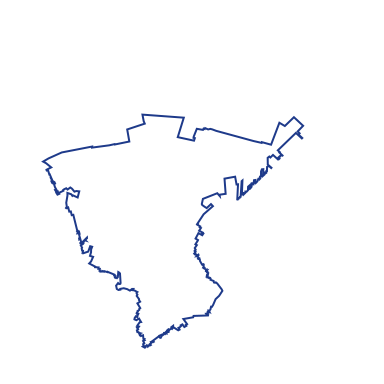 Sector 5, Bucharest, Romania, rotated 145°
{"feature_id": "2599482B58123345185343", "entity_name": "Sector 5", "entity_type": "district", "adm_level": 2, "iso_a3": "ROU", "parent_name": "Romania", "parent_adm1": "Bucharest", "projection": "natural_earth1", "projection_center": [26.071, 44.404], "detail": "fine", "context": "isolated", "style": "outline", "palette": "blue", "viewbox_px": 384, "rotation_deg": 145, "n_neighbors": 0, "source": "geoboundaries", "source_scale": "gbopen_adm2", "svg_char_len": 6054}
<svg xmlns="http://www.w3.org/2000/svg" viewBox="0 0 384 384"><g transform="rotate(145 192 192)"><path d="M63.0,182.5L65.6,194.8L78.1,192.8L80.7,198.6L100.1,185.4L106.2,192.8L106.8,192.3L112.4,198.5L137.1,228.2L139.5,231.7L140.8,233.2L142.9,234.0L144.6,236.8L145.5,236.3L146.1,237.3L147.4,236.6L151.8,241.0L158.8,236.4L159.7,235.5L158.8,234.5L160.9,232.9L172.2,245.1L156.1,257.6L188.2,283.8L191.0,277.6L191.5,275.1L209.2,280.4L214.4,269.3L228.0,275.2L227.9,275.6L233.0,277.7L248.4,285.7L247.7,286.5L276.0,299.1L290.2,301.8L296.5,302.3L295.0,299.2L293.2,292.9L299.3,293.8L298.4,293.3L298.5,292.8L297.4,292.6L298.8,288.2L298.4,288.1L299.1,284.7L299.6,284.7L299.8,283.6L299.4,283.2L299.8,281.3L301.0,281.5L301.3,280.0L300.7,279.9L300.9,279.0L299.7,278.8L299.3,279.6L299.0,278.9L299.3,277.5L300.5,277.7L301.5,274.4L301.7,272.1L303.0,272.3L303.1,270.6L302.1,270.5L302.2,269.7L301.6,269.6L301.8,268.8L303.6,269.1L303.7,267.0L301.7,266.6L301.4,267.6L296.7,266.8L296.5,267.5L295.3,267.6L292.9,267.2L292.5,265.4L289.1,265.5L288.4,263.5L288.1,259.7L286.3,259.2L284.0,257.2L288.8,253.1L291.5,257.6L292.2,257.5L292.2,259.4L294.6,262.7L296.0,260.6L301.2,255.3L303.0,251.7L305.2,250.9L303.9,251.0L303.6,250.4L302.3,250.3L303.8,246.3L302.4,245.6L303.8,242.0L302.3,241.4L307.9,226.9L307.7,225.6L308.7,225.7L308.8,224.2L309.5,223.8L308.2,223.1L307.8,224.4L307.3,224.3L308.1,222.2L308.7,222.4L310.2,218.5L311.9,219.0L311.2,218.5L311.4,218.1L310.2,218.3L311.6,214.3L313.7,214.2L311.0,213.7L304.2,214.9L304.5,214.4L307.1,213.9L307.0,213.3L307.4,213.8L310.4,213.3L310.2,212.5L311.1,212.5L311.2,212.0L313.7,212.0L314.0,209.4L314.7,209.1L315.6,207.1L315.0,206.4L316.3,205.1L315.9,205.0L316.2,204.2L311.2,202.7L306.5,206.0L305.2,204.4L307.6,202.8L309.3,200.5L312.2,198.2L310.2,195.6L314.5,193.0L317.2,192.4L314.0,186.2L314.4,185.9L311.8,183.8L312.8,182.8L311.6,181.9L312.9,180.5L312.5,180.2L312.8,179.4L311.1,178.3L310.8,178.7L309.8,177.2L309.3,177.5L307.2,174.8L306.9,175.0L302.9,168.7L303.7,168.2L302.9,167.0L304.2,166.2L304.1,165.8L303.5,166.0L302.9,164.5L301.6,164.8L298.3,168.7L298.0,168.0L298.3,167.8L297.7,166.6L302.7,158.4L303.4,157.9L304.5,158.4L304.8,159.8L307.9,158.8L309.2,155.7L308.4,153.9L306.7,153.1L306.3,153.8L303.1,152.3L300.8,149.6L299.4,146.8L296.7,147.0L295.7,146.3L297.0,145.7L295.7,144.5L294.2,141.5L295.0,141.5L295.6,140.6L295.6,139.2L296.9,138.6L296.8,134.6L297.4,134.0L297.4,131.9L300.6,132.1L301.0,126.6L302.1,126.6L302.8,125.7L304.8,125.7L304.9,125.2L306.4,124.8L306.8,124.5L306.0,123.3L306.8,123.2L306.6,122.5L308.3,121.9L308.1,121.4L308.6,121.0L309.3,122.4L311.2,121.7L312.2,120.7L311.1,118.9L308.0,118.7L308.3,114.7L309.6,115.3L313.6,113.9L313.8,113.6L312.6,112.2L313.7,111.8L314.8,112.5L315.0,110.3L316.5,110.3L317.1,108.6L316.2,107.9L316.4,107.2L315.3,105.9L316.5,106.1L316.9,104.6L316.2,104.4L316.4,103.3L314.3,102.7L316.0,99.6L315.3,98.8L316.1,98.5L315.9,97.8L317.5,98.0L317.8,95.5L319.3,95.4L319.6,93.8L321.0,93.7L319.9,91.5L319.3,91.5L319.3,92.2L316.9,92.4L316.9,90.7L314.4,91.4L314.4,90.4L313.5,90.3L313.6,91.6L312.1,91.7L311.8,92.6L310.8,91.9L310.7,92.6L309.8,92.6L309.7,91.4L309.2,91.3L309.1,92.6L301.9,92.8L301.8,91.0L301.3,90.5L299.0,91.6L299.8,92.7L297.8,92.3L297.7,91.5L296.5,91.5L295.7,92.6L295.0,92.2L294.9,91.1L294.1,91.5L293.8,90.8L293.3,91.5L294.2,92.1L293.8,92.3L291.5,90.8L291.3,91.1L293.2,92.3L291.7,92.7L290.3,91.7L289.9,92.0L290.8,93.0L289.9,93.1L289.2,92.1L286.9,91.9L286.8,91.3L286.4,91.4L286.5,93.1L284.2,93.2L284.9,92.1L282.6,86.6L281.1,86.4L280.9,88.5L279.9,88.2L277.8,88.5L277.7,89.3L275.8,89.1L275.7,85.8L273.4,85.6L273.3,86.7L271.8,86.6L271.9,92.9L262.9,88.7L261.8,89.6L249.7,81.7L249.4,82.0L250.7,83.0L250.2,83.4L250.2,84.1L249.4,83.6L248.3,84.5L247.8,83.5L247.1,83.6L246.7,83.8L247.4,85.1L246.9,85.3L246.4,84.1L246.2,85.2L245.8,84.8L244.3,85.2L242.2,87.1L241.6,86.5L239.6,87.3L234.1,90.7L229.3,91.4L223.8,93.6L223.5,95.3L223.8,102.6L224.3,104.3L225.1,104.4L225.1,105.3L225.2,104.9L225.9,105.4L225.3,106.7L227.2,109.5L226.4,110.4L226.4,111.2L227.3,111.7L227.1,112.1L228.3,113.1L227.8,113.6L228.6,114.2L227.2,115.5L226.6,115.0L225.2,116.3L225.7,117.3L225.1,117.5L225.2,118.2L225.6,118.8L224.8,119.1L225.4,119.3L224.7,120.0L225.2,120.1L224.9,120.4L225.9,122.4L225.3,122.8L226.2,123.7L225.0,124.4L224.6,125.3L224.8,125.6L224.1,125.7L224.0,126.3L225.4,127.0L225.0,131.0L224.2,132.4L225.0,133.3L224.3,133.7L225.0,134.3L224.3,134.8L224.3,136.1L224.9,136.5L222.8,136.6L222.7,137.0L224.3,137.0L224.3,137.5L224.8,137.5L224.8,139.4L225.5,139.5L225.5,140.2L224.3,140.0L224.1,141.3L223.3,141.2L223.3,142.5L222.1,142.6L221.9,144.5L218.5,145.7L219.2,147.2L214.8,149.0L214.3,148.4L215.8,151.8L210.3,154.6L208.4,150.7L206.6,151.4L207.1,152.4L206.5,152.6L208.4,156.2L205.3,157.4L205.9,158.7L205.0,159.1L206.4,162.2L205.8,162.4L206.1,162.8L195.2,167.1L183.0,168.4L183.4,171.2L189.2,170.4L190.1,172.6L191.1,175.5L190.9,176.5L187.0,180.1L172.0,176.5L171.6,172.8L171.0,174.0L165.5,171.2L157.7,184.3L147.9,179.8L151.2,172.6L149.9,171.9L159.7,159.3L159.1,159.7L158.2,159.5L158.5,159.2L157.3,160.3L156.4,159.9L156.7,159.4L155.6,160.5L154.9,160.2L145.1,172.4L144.1,172.5L152.6,161.3L152.1,161.0L152.7,160.2L150.9,162.1L150.5,161.8L151.0,161.0L150.6,160.7L150.8,160.4L148.8,160.7L148.0,161.7L147.2,160.9L145.2,161.3L143.0,164.2L140.9,164.4L143.2,161.6L142.5,161.6L142.0,162.2L141.6,161.9L138.9,165.0L140.9,161.9L140.2,162.1L138.1,164.9L136.8,164.1L137.9,162.3L134.4,166.1L133.2,165.5L135.8,162.7L134.4,163.6L134.6,162.8L132.4,163.2L130.0,164.8L129.3,164.3L129.4,163.7L128.4,163.9L128.4,164.8L127.5,165.6L126.6,165.1L123.6,169.3L121.7,170.5L120.5,169.8L124.6,164.5L122.7,164.7L121.4,166.5L120.1,165.7L120.4,165.1L120.1,165.1L119.1,166.5L118.6,166.2L116.1,169.5L114.1,169.2L113.4,166.2L113.0,166.3L114.2,171.0L110.4,176.6L108.3,176.7L108.0,175.3L104.4,175.9L102.9,169.4L102.2,169.6L102.4,170.5L101.9,169.1L101.2,169.2L101.5,170.7L99.1,171.0L99.0,170.6L97.4,171.4L96.7,169.0L97.8,174.2L97.2,174.3L97.8,176.9L73.0,180.8L71.3,172.9L70.7,173.0L71.8,178.0L70.2,178.3L70.7,181.0L63.0,182.5Z" fill="none" stroke="#1e3a8a" stroke-width="2"/></g></svg>